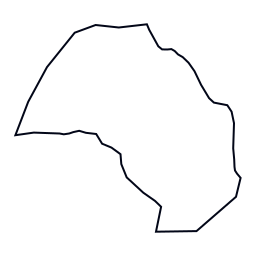 an SVG outline of Prevalje
{"feature_id": "SVN-233", "entity_name": "Prevalje", "entity_type": "Municipality", "adm_level": 1, "iso_a3": "SVN", "parent_name": "Slovenia", "parent_adm1": "", "projection": "robinson", "projection_center": [14.895, 46.555], "detail": "fine", "context": "isolated", "style": "outline", "palette": "ink", "viewbox_px": 256, "rotation_deg": 0, "n_neighbors": 0, "source": "natural_earth", "source_scale": "10m", "svg_char_len": 684}
<svg xmlns="http://www.w3.org/2000/svg" viewBox="0 0 256 256"><path d="M118.8,27.5L146.9,24.3L149.2,29.8L158.3,46.3L162.1,49.4L167.3,49.5L171.4,49.1L174.7,51.0L178.0,54.4L182.7,57.1L188.6,62.8L194.5,71.2L201.1,84.9L209.1,98.2L213.9,102.6L227.3,105.2L231.6,111.7L234.0,123.2L233.2,148.3L234.2,159.5L234.5,166.9L235.0,170.5L237.0,173.6L240.6,177.9L236.0,196.8L196.5,231.1L156.0,231.7L161.1,206.8L155.0,200.9L143.3,192.7L126.7,177.4L121.3,164.1L120.5,154.2L111.5,147.6L102.1,143.7L96.2,134.0L85.9,132.8L79.2,130.8L73.3,132.1L69.2,133.5L63.8,134.3L59.5,133.5L33.8,132.6L15.4,135.2L28.2,101.8L47.0,67.1L74.7,32.7L95.6,25.0L118.8,27.5Z" fill="none" stroke="#020617" stroke-width="2"/></svg>